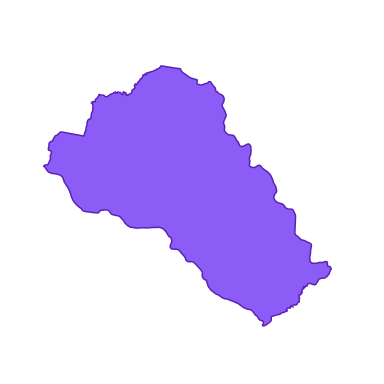 Doa, Tete, Mozambique, rotated 10°
{"feature_id": "85939544B50674606181773", "entity_name": "Doa", "entity_type": "district", "adm_level": 2, "iso_a3": "MOZ", "parent_name": "Mozambique", "parent_adm1": "Tete", "projection": "albers", "projection_center": [34.572, -16.606], "detail": "fine", "context": "isolated", "style": "filled", "palette": "violet", "viewbox_px": 384, "rotation_deg": 10, "n_neighbors": 0, "source": "geoboundaries", "source_scale": "gbopen_adm2", "svg_char_len": 5991}
<svg xmlns="http://www.w3.org/2000/svg" viewBox="0 0 384 384"><g transform="rotate(10 192 192)"><path d="M284.7,311.4L286.3,311.3L288.1,309.9L291.7,306.1L292.0,305.6L292.3,304.2L291.8,301.8L291.8,300.9L294.6,299.5L297.0,298.1L299.3,297.5L299.8,297.2L300.5,296.3L301.8,295.1L303.3,294.6L304.5,293.7L306.1,292.9L306.5,292.3L306.3,291.9L305.5,291.4L305.4,291.1L305.6,290.4L306.3,289.8L306.4,289.6L306.7,289.4L308.3,289.5L309.1,289.0L309.2,288.8L309.2,288.3L308.7,287.7L309.0,287.2L309.6,287.1L311.2,287.4L310.7,286.6L311.5,285.5L312.1,285.3L313.0,285.5L314.5,284.9L314.9,284.3L314.9,283.6L315.1,283.0L315.8,282.2L316.5,281.8L316.8,281.3L316.7,281.0L316.2,280.4L316.4,278.0L315.5,277.1L315.8,276.2L315.4,274.7L316.6,274.4L316.8,273.5L317.2,273.5L317.7,272.9L317.6,272.3L317.1,271.6L317.2,271.3L317.8,271.2L317.4,269.6L317.5,268.7L318.6,268.1L318.8,267.8L318.8,267.5L318.1,266.7L318.4,265.7L318.8,265.6L319.4,266.5L319.6,266.4L320.6,264.8L320.8,264.6L321.7,264.5L321.9,264.0L321.8,262.6L322.4,261.8L324.9,261.6L326.7,262.0L328.5,262.1L329.3,261.9L330.0,261.4L330.6,259.7L331.4,258.2L331.9,256.4L332.5,255.5L334.4,254.5L337.6,253.6L338.4,253.1L339.2,252.2L341.1,249.2L342.0,244.6L342.5,243.5L341.6,242.1L340.7,241.4L339.4,241.5L338.3,241.2L337.6,238.2L337.1,237.3L336.3,237.1L335.1,237.4L332.8,238.8L330.0,239.1L327.6,240.3L325.5,240.9L322.4,241.2L321.3,240.6L320.5,239.7L320.1,238.8L319.3,235.9L319.3,231.5L318.9,228.1L319.0,225.2L318.9,223.9L318.6,222.9L318.1,222.5L317.0,221.9L313.9,221.2L312.3,220.6L310.6,220.2L309.2,220.2L307.1,219.8L306.2,218.9L301.7,216.3L301.0,215.7L300.5,214.9L300.4,214.4L298.3,198.6L297.9,196.8L297.2,195.7L294.9,192.4L293.7,191.6L292.4,191.7L289.7,192.1L287.6,191.6L286.8,191.2L284.9,189.2L283.7,188.4L282.3,187.9L279.7,187.8L277.6,187.3L275.7,186.3L274.5,185.0L273.5,183.4L273.5,181.7L273.8,180.2L275.1,177.5L275.2,177.0L275.0,175.4L273.4,171.9L270.9,169.1L269.2,165.6L266.5,161.8L265.3,160.7L262.8,159.0L258.1,156.8L256.7,155.9L255.4,154.6L254.2,154.0L253.5,154.0L252.7,154.3L251.3,155.3L250.3,156.3L248.6,157.3L245.7,157.1L244.3,156.5L243.8,155.6L243.7,151.8L242.6,149.1L242.7,147.8L243.3,144.6L243.0,141.1L242.1,137.5L241.8,136.6L240.8,135.6L239.6,134.8L239.1,134.9L237.8,135.5L236.4,136.7L234.4,138.1L232.7,138.6L231.7,138.5L230.9,138.0L228.9,134.8L226.7,133.2L225.7,131.5L223.9,129.6L222.3,129.0L219.6,129.2L217.7,129.1L216.1,128.4L214.0,126.8L213.1,125.5L212.9,122.0L212.2,120.4L211.3,119.3L211.1,118.1L211.2,115.7L212.3,112.1L212.4,110.9L212.2,110.1L210.4,106.8L207.4,102.9L206.6,101.6L206.7,100.4L207.5,98.1L207.6,97.3L207.6,95.3L207.2,93.9L206.2,92.3L205.3,91.6L203.5,90.9L201.6,90.5L200.5,89.9L199.7,88.9L198.8,88.9L197.9,88.5L197.3,86.5L196.8,85.5L196.2,84.9L194.4,83.7L191.1,80.2L189.4,80.4L188.3,82.3L186.3,82.9L183.3,84.8L181.8,85.1L179.7,85.0L178.5,84.6L177.9,83.8L177.8,83.2L177.9,81.3L177.8,80.9L177.3,80.6L171.6,80.0L169.4,79.4L166.0,77.7L162.1,76.0L160.5,74.6L159.0,72.6L153.9,72.9L139.7,73.1L139.4,73.8L139.1,74.0L138.8,75.0L137.0,76.8L136.0,77.0L135.7,78.0L133.7,78.9L132.6,80.0L131.3,80.4L130.5,81.0L129.5,81.2L128.8,81.8L126.8,82.6L126.5,83.2L126.7,84.1L126.2,84.1L125.7,83.6L125.2,84.0L125.0,85.1L124.7,85.3L124.2,85.0L123.5,85.2L123.4,85.4L123.5,86.8L122.8,88.0L122.7,88.9L122.3,89.4L121.5,89.7L121.3,90.0L121.4,91.0L120.6,92.1L120.1,92.9L119.5,93.4L119.5,94.5L119.2,95.3L118.6,95.8L117.8,95.3L117.6,95.4L117.1,95.9L116.8,97.4L117.6,98.7L117.6,100.0L116.2,101.1L116.0,101.6L115.3,102.2L115.3,104.3L114.7,105.6L114.3,106.0L113.1,106.6L111.9,108.1L111.6,108.1L111.1,107.4L110.6,107.4L110.4,107.9L110.2,108.0L110.0,107.9L109.8,106.0L108.6,105.6L107.8,105.7L107.6,105.4L107.0,105.3L106.9,106.3L107.4,107.0L106.8,108.1L105.8,107.8L105.1,107.3L104.4,106.5L104.1,106.4L103.2,106.7L101.6,106.3L101.4,106.5L101.2,107.4L100.4,107.8L100.0,107.9L99.9,107.3L99.1,106.8L97.7,107.8L97.6,108.1L96.6,108.9L94.7,110.0L93.4,111.5L91.3,113.1L89.9,113.1L88.7,112.2L87.8,112.0L85.6,112.4L83.9,112.0L83.5,112.3L83.3,113.6L82.6,115.4L80.9,117.7L80.8,118.4L81.0,119.3L80.9,119.9L80.5,120.1L79.4,120.0L79.1,120.1L77.9,120.8L77.5,121.5L77.5,121.8L78.3,121.7L78.7,122.0L79.0,123.4L79.8,125.6L79.8,127.3L80.3,128.8L79.5,131.1L79.4,133.3L79.6,137.2L79.1,137.7L78.2,138.0L77.7,138.4L77.0,139.4L76.7,140.7L76.6,142.1L77.0,144.1L76.6,145.8L76.6,150.4L76.0,152.6L76.0,153.9L75.7,154.9L75.7,155.7L53.9,155.5L52.3,155.7L51.6,156.3L50.8,157.6L49.1,159.5L47.6,160.4L47.0,161.6L45.5,166.2L43.9,167.0L43.3,167.7L42.9,168.5L42.8,169.4L43.1,171.4L43.0,174.5L43.5,175.7L43.8,175.8L45.0,175.8L46.0,176.2L46.4,176.5L46.6,177.3L46.6,178.7L46.1,181.0L46.2,181.8L46.8,183.2L46.9,183.8L45.4,189.8L44.8,190.4L42.6,190.9L42.1,191.2L41.5,192.4L42.3,192.7L46.6,196.9L48.2,197.6L50.4,198.0L55.0,197.8L56.8,197.9L58.7,198.2L61.3,199.3L62.3,200.3L64.5,204.3L66.9,207.0L69.4,209.6L71.1,212.1L73.0,215.3L73.9,217.4L75.9,220.4L77.8,222.5L80.6,224.7L83.9,226.7L85.8,227.5L87.2,229.0L88.1,229.5L90.2,229.8L102.1,229.2L103.4,228.7L105.0,226.2L106.2,225.7L111.0,224.4L112.1,224.5L113.5,225.0L114.5,225.8L115.5,227.0L116.5,227.8L118.4,228.2L123.4,228.3L125.1,228.7L129.5,232.0L131.2,234.0L133.9,236.0L137.0,237.3L143.6,237.2L149.6,235.8L155.1,235.0L158.0,234.1L165.8,232.5L168.1,232.7L170.5,233.5L173.2,235.5L176.7,239.6L179.1,240.7L179.7,241.4L180.4,243.0L180.7,244.9L179.9,248.3L179.9,249.1L180.2,250.2L181.1,251.3L181.8,251.6L182.6,251.6L186.4,251.1L187.4,251.1L189.4,251.6L192.5,254.3L196.1,257.1L196.9,258.2L197.7,259.9L198.6,260.7L199.6,261.2L200.9,261.3L203.5,260.7L205.3,260.7L207.7,262.1L214.1,267.0L216.1,269.3L216.4,270.4L216.5,272.3L217.1,273.9L217.9,275.0L218.9,275.7L221.5,276.6L222.3,277.9L223.1,279.8L224.5,282.3L227.6,285.3L232.7,288.0L234.1,288.5L236.1,288.9L237.2,289.4L240.5,291.0L242.7,291.4L245.7,291.4L253.1,292.9L257.1,294.0L263.0,296.9L266.4,297.7L269.9,297.8L271.5,298.3L273.4,299.8L275.3,301.9L278.3,303.4L280.0,305.7L280.6,306.1L281.6,306.4L284.0,306.8L284.7,307.2L284.9,307.7L285.1,308.9L284.7,310.1L284.7,311.4Z" fill="#8b5cf6" stroke="#5b21b6" stroke-width="1.5"/></g></svg>